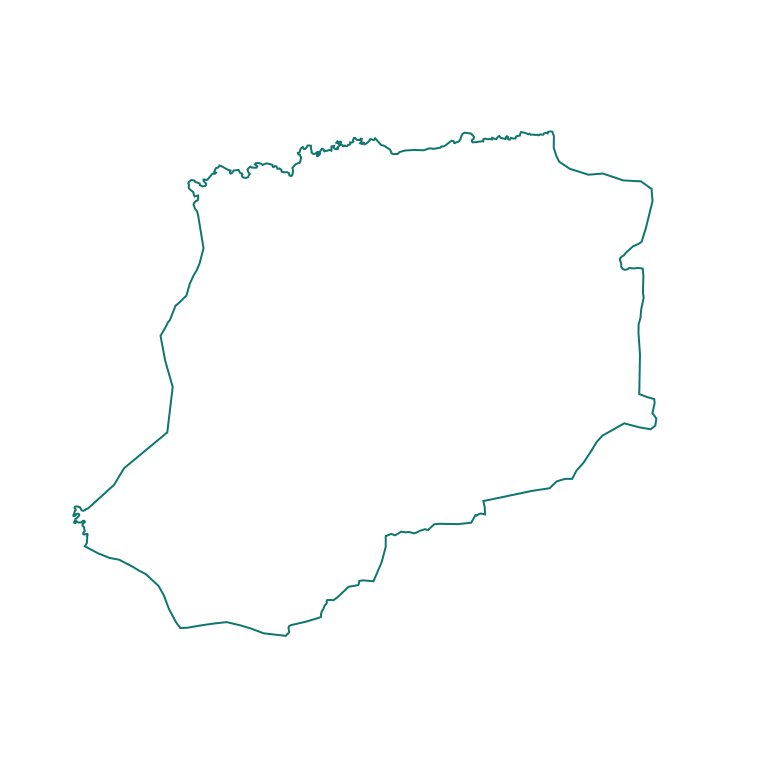 the district of Kafin Hausa, Jigawa, Nigeria, rotated 193°
{"feature_id": "59680162B31389051207927", "entity_name": "Kafin Hausa", "entity_type": "district", "adm_level": 2, "iso_a3": "NGA", "parent_name": "Nigeria", "parent_adm1": "Jigawa", "projection": "mercator", "projection_center": [10.036, 12.162], "detail": "fine", "context": "isolated", "style": "outline", "palette": "teal", "viewbox_px": 768, "rotation_deg": 193, "n_neighbors": 0, "source": "geoboundaries", "source_scale": "gbopen_adm2", "svg_char_len": 6166}
<svg xmlns="http://www.w3.org/2000/svg" viewBox="0 0 768 768"><g transform="rotate(193 384 384)"><path d="M117.3,430.1L123.9,430.4L133.0,431.5L141.2,470.3L147.5,490.8L149.3,499.3L149.0,506.3L150.2,514.8L150.4,526.6L152.2,531.1L155.6,547.7L157.8,554.6L162.4,554.3L167.0,552.7L169.8,552.4L171.2,552.1L172.4,550.7L174.2,549.7L175.5,549.4L177.5,549.9L179.2,551.5L179.9,554.5L181.7,557.5L182.4,559.2L181.1,561.5L179.2,563.3L178.0,565.9L172.4,574.1L167.6,577.7L165.6,579.8L165.0,580.7L163.9,594.9L163.5,622.6L166.4,631.7L167.0,634.2L179.3,639.3L183.9,638.4L196.7,636.2L218.1,638.3L231.9,633.9L251.4,635.5L263.3,640.0L267.5,645.1L271.8,652.5L274.2,663.7L276.7,667.6L278.9,667.5L280.8,666.6L280.9,665.0L282.6,665.3L284.4,664.3L285.2,662.6L288.0,662.3L289.1,661.1L290.3,661.4L292.9,660.6L294.9,660.6L297.1,659.9L298.7,660.6L299.6,659.8L301.6,660.2L304.6,660.4L307.2,660.3L307.5,658.9L307.4,656.7L310.8,655.1L311.2,652.9L312.8,652.3L315.8,652.4L316.2,650.6L317.2,650.2L318.7,650.8L318.7,652.6L319.9,653.1L320.7,652.0L320.9,650.0L325.9,650.1L327.3,651.5L328.6,650.7L329.5,647.9L331.4,647.8L334.0,648.2L333.9,646.6L336.0,646.5L338.7,645.7L340.5,645.9L342.2,645.0L341.9,642.7L343.4,642.4L345.5,641.7L347.9,640.6L352.1,639.4L353.0,640.4L353.1,641.7L351.9,642.9L351.8,644.8L353.1,646.0L355.7,647.6L362.1,647.0L363.7,645.4L364.4,643.0L364.6,640.0L365.3,637.7L366.3,636.6L368.2,635.6L368.9,634.7L369.9,634.7L370.6,636.1L372.6,636.4L374.3,634.7L377.5,630.6L379.2,629.0L381.6,628.3L382.1,627.0L388.3,624.4L392.9,623.8L397.7,620.7L406.8,618.9L414.9,616.6L417.0,615.8L421.0,613.5L422.5,611.2L426.7,610.1L428.5,610.5L430.2,612.9L431.2,614.0L432.8,614.4L437.7,616.2L440.5,616.2L447.9,621.4L448.7,619.4L452.0,619.6L452.9,619.2L452.6,618.2L454.6,615.2L456.2,613.5L457.0,613.2L457.6,614.3L458.5,614.5L459.0,613.0L461.4,613.1L460.6,615.0L460.8,617.8L461.9,617.8L462.1,616.4L465.0,615.8L466.4,616.3L467.3,617.2L468.7,617.0L468.8,615.9L469.1,614.5L468.4,613.4L468.9,612.4L471.4,611.7L470.8,610.5L471.2,609.5L472.8,609.0L473.2,607.8L475.0,607.2L475.9,607.5L476.7,606.6L477.7,606.6L478.2,607.5L479.7,607.8L480.3,608.8L480.3,610.0L481.3,610.3L482.5,609.5L484.0,610.0L484.7,608.3L482.7,608.1L480.6,606.7L482.6,604.0L481.7,602.8L483.0,602.2L484.9,602.1L486.3,603.2L486.2,604.8L488.6,603.7L488.1,601.7L487.8,599.5L489.1,599.8L490.3,599.5L491.7,598.5L493.3,598.1L494.4,597.2L495.2,597.9L495.8,599.2L497.4,599.2L498.0,597.5L498.8,595.8L498.0,594.0L499.5,591.3L500.6,591.2L501.0,592.7L500.2,594.2L500.0,594.9L500.5,595.3L501.2,595.0L503.5,592.4L504.6,592.3L506.7,593.2L506.9,594.9L508.0,596.5L508.5,599.0L509.0,599.8L512.1,599.2L512.8,597.0L513.7,595.2L515.0,595.1L516.5,596.7L518.0,594.7L518.4,592.4L518.3,590.8L519.9,589.7L519.1,588.5L517.5,588.4L515.7,585.9L515.7,581.8L516.0,580.4L517.1,580.0L519.3,578.5L521.9,574.0L520.4,571.1L520.4,566.8L521.3,565.7L523.1,565.9L524.0,568.0L526.0,568.6L528.7,567.8L531.4,567.7L532.3,569.7L534.3,570.5L536.2,569.7L537.7,571.8L539.3,571.8L540.3,570.5L541.2,570.6L542.0,572.3L544.8,572.7L548.0,572.5L550.2,571.3L551.5,570.1L553.6,571.0L556.0,571.1L558.4,570.4L559.2,568.9L556.4,567.7L556.9,566.1L559.3,565.5L561.6,565.2L563.1,565.8L564.3,564.2L565.3,562.3L563.9,559.9L562.0,558.5L562.7,556.6L563.0,555.0L565.1,553.6L568.0,553.6L569.4,554.9L569.0,556.3L569.9,557.2L571.5,557.1L573.9,559.9L575.8,559.1L578.4,558.3L579.7,555.2L580.8,554.5L581.8,555.3L581.6,557.5L584.7,557.7L591.0,559.6L593.5,559.9L594.1,557.8L596.3,556.5L596.8,554.6L597.2,552.6L595.2,552.1L595.7,551.1L598.6,550.1L601.9,543.6L602.6,542.9L604.8,542.9L605.8,542.7L605.6,541.4L602.3,539.1L602.1,538.1L602.7,536.7L605.4,535.7L608.0,536.4L608.7,537.9L613.7,538.5L614.4,539.6L617.6,539.4L619.4,537.2L619.8,535.3L618.7,534.2L618.7,532.0L618.2,530.9L615.9,529.4L613.0,528.1L611.5,524.9L610.7,524.2L607.5,525.8L606.8,523.1L606.8,521.1L608.7,519.8L609.9,517.3L610.0,516.1L607.6,512.3L605.0,510.1L602.9,506.2L590.4,475.7L590.8,459.9L592.1,452.7L594.0,446.7L595.8,437.9L596.4,425.7L602.8,415.8L604.7,413.6L607.0,398.3L608.4,395.3L609.8,389.5L612.6,380.7L602.5,357.6L589.2,333.5L584.3,288.1L618.3,243.5L624.3,225.1L644.5,196.0L645.5,195.6L646.5,194.8L647.2,193.6L648.4,192.8L649.5,192.8L650.2,193.0L650.8,193.4L652.1,195.3L654.5,195.7L656.7,195.4L657.4,194.9L657.7,194.0L657.3,193.2L656.5,192.7L656.0,191.9L656.4,191.2L656.7,190.2L656.8,189.2L656.6,188.1L657.0,187.2L657.2,186.2L656.8,185.5L655.9,185.7L655.1,186.5L654.5,188.0L653.6,188.6L652.5,188.7L651.6,188.2L651.5,187.1L653.3,184.0L654.3,183.1L654.4,181.2L654.8,179.2L653.8,178.9L653.2,179.4L653.0,180.1L652.5,181.1L651.6,180.6L650.6,180.3L649.1,180.6L647.8,181.1L646.7,182.8L645.6,183.3L644.7,182.9L644.5,181.7L645.2,181.3L645.7,180.5L646.1,179.5L646.1,178.6L645.6,178.0L644.3,177.0L643.8,176.8L643.6,175.6L642.4,173.2L643.3,172.0L643.6,170.9L643.2,170.1L642.7,169.9L642.0,170.0L640.1,171.0L639.4,171.2L638.9,170.8L639.0,169.4L639.3,168.9L638.7,168.1L638.4,166.3L638.3,164.9L637.7,162.2L639.0,158.6L624.1,154.6L612.3,152.8L602.5,153.2L587.8,149.4L580.2,146.9L573.4,145.2L558.2,136.5L550.7,128.2L543.2,116.8L533.2,105.2L527.6,100.4L520.4,102.4L510.1,106.8L497.1,111.9L483.7,116.6L468.9,116.5L459.3,115.9L445.3,114.0L423.1,116.5L420.8,120.3L420.8,121.5L422.3,125.2L421.7,127.1L420.0,128.3L416.9,129.8L406.5,134.9L396.0,140.9L393.2,142.6L393.2,144.1L393.6,145.2L393.6,147.0L393.3,149.3L392.6,150.5L391.9,154.9L391.7,155.1L390.7,157.0L390.5,158.1L390.9,158.8L391.0,159.4L391.0,160.4L390.9,160.6L387.9,161.5L384.8,161.9L384.4,162.1L381.1,166.1L372.8,178.5L363.9,182.2L363.9,182.8L363.6,183.5L363.6,184.5L363.9,186.5L360.1,188.0L349.9,189.4L346.2,209.8L345.7,225.7L348.1,236.2L343.1,239.6L339.4,239.0L336.5,241.4L334.1,244.0L329.6,244.3L326.2,245.5L321.1,245.2L318.4,246.9L315.5,249.4L311.2,251.8L308.4,251.5L303.4,258.7L297.9,260.4L280.4,264.1L267.8,268.5L265.4,276.9L264.2,276.9L263.9,276.7L263.6,277.2L262.7,278.2L260.5,279.6L256.3,279.6L256.5,280.5L258.0,286.2L260.9,292.3L258.9,293.2L216.1,313.0L199.2,319.7L193.9,327.9L186.2,332.3L179.3,333.9L177.0,342.9L172.0,351.9L167.0,365.4L163.7,375.5L159.6,382.7L141.1,399.7L125.5,399.2L113.9,399.9L110.3,404.5L110.9,411.7L115.9,416.0L116.0,426.3L117.3,430.1Z" fill="none" stroke="#0f766e" stroke-width="2"/></g></svg>